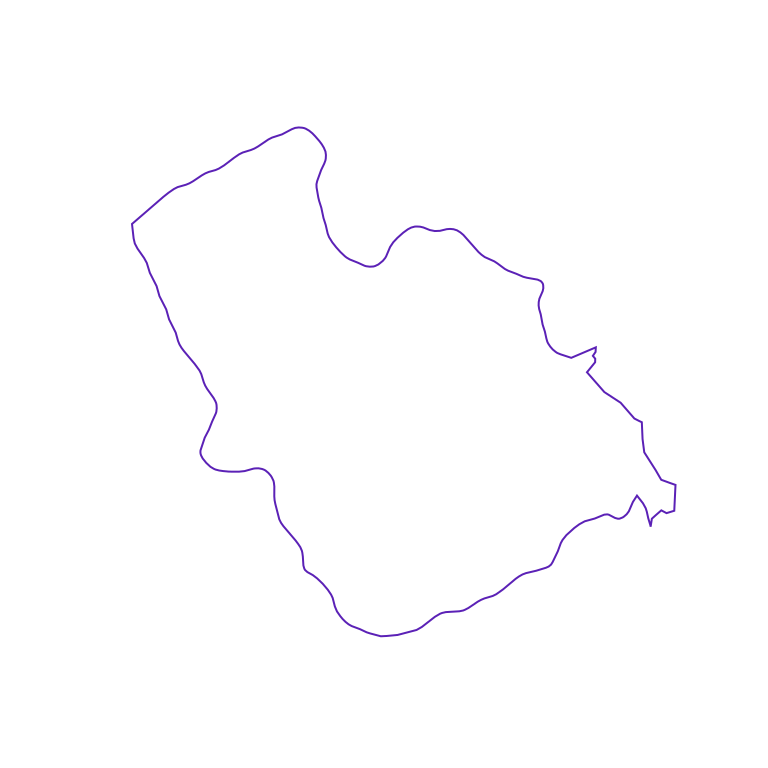 La Descubierta, Independencia, Dominican Republic, rotated 139°
{"feature_id": "3306468B88446063992156", "entity_name": "La Descubierta", "entity_type": "district", "adm_level": 2, "iso_a3": "DOM", "parent_name": "Dominican Republic", "parent_adm1": "Independencia", "projection": "albers", "projection_center": [-71.745, 18.594], "detail": "fine", "context": "isolated", "style": "outline", "palette": "violet", "viewbox_px": 768, "rotation_deg": 139, "n_neighbors": 0, "source": "geoboundaries", "source_scale": "gbopen_adm2", "svg_char_len": 3669}
<svg xmlns="http://www.w3.org/2000/svg" viewBox="0 0 768 768"><g transform="rotate(139 384 384)"><path d="M469.2,670.1L477.4,658.2L479.9,653.5L481.2,647.9L482.4,636.5L483.6,631.0L487.8,621.5L491.4,607.1L495.8,597.7L499.4,583.2L503.8,573.8L507.5,559.4L511.2,551.6L512.4,548.0L513.1,544.1L513.4,540.0L513.7,523.4L514.4,515.2L515.4,511.4L518.9,503.5L520.0,500.1L520.7,496.4L521.8,485.1L522.6,481.5L523.2,479.7L524.1,478.1L526.2,475.4L528.8,473.0L530.3,472.1L538.4,468.4L546.1,464.4L554.5,461.1L566.0,454.3L567.2,453.1L568.2,451.7L568.9,450.1L569.7,446.7L569.9,441.1L569.3,435.4L568.1,431.7L567.3,430.0L565.1,426.8L562.5,423.8L558.4,419.5L551.0,413.0L546.3,409.7L538.1,405.8L536.7,404.9L534.0,402.7L531.8,399.9L530.9,398.3L530.2,396.5L529.6,392.8L529.6,389.1L529.9,387.2L530.9,383.5L531.8,381.8L534.0,378.6L540.5,371.2L542.8,368.1L544.7,364.8L551.8,350.6L552.8,346.7L553.2,342.6L553.4,323.9L553.7,319.8L554.2,315.8L555.4,312.0L556.3,310.3L558.4,307.1L563.9,299.9L565.3,296.9L565.6,295.3L565.2,292.3L563.1,286.5L562.0,281.2L561.3,273.4L561.4,265.6L562.1,259.8L563.1,256.2L567.0,248.4L568.7,243.2L569.3,237.5L569.4,233.6L569.1,229.7L568.4,225.9L567.2,222.5L563.0,214.8L560.0,208.0L558.2,205.0L551.9,195.7L547.2,192.0L538.4,185.7L520.8,177.0L514.8,175.8L498.3,174.9L492.3,173.8L490.4,173.1L487.0,171.3L476.2,163.0L472.8,161.1L471.0,160.5L467.3,159.6L456.0,158.2L452.3,157.4L448.9,156.3L441.0,152.7L437.2,151.7L429.0,150.9L412.4,150.6L408.4,150.2L404.4,149.4L400.9,148.1L391.6,143.2L382.4,139.1L379.5,138.2L376.4,138.1L373.5,139.0L362.6,143.7L355.0,147.9L351.5,149.2L345.4,150.3L334.9,150.5L328.6,150.0L322.6,148.7L313.2,144.2L303.5,140.9L301.0,139.1L300.1,137.9L297.5,131.3L295.8,128.8L294.5,127.8L291.4,126.7L289.8,126.5L286.3,126.5L282.7,127.3L273.5,131.7L266.3,133.8L266.8,124.1L268.0,118.5L269.4,115.3L272.7,109.2L275.7,102.5L276.4,101.4L270.2,106.6L265.1,106.7L257.6,106.7L255.5,101.2L248.1,97.9L237.1,109.4L235.1,111.5L230.2,116.6L233.4,122.2L234.6,124.4L237.6,129.8L237.2,132.0L235.5,140.8L232.4,161.7L225.0,172.8L217.2,182.6L214.5,186.0L215.7,188.7L217.7,193.7L217.7,209.8L217.7,214.6L223.0,233.3L223.0,235.0L223.1,259.7L210.4,261.9L208.0,264.5L207.9,268.2L203.3,269.4L200.1,272.7L225.5,280.9L231.3,290.6L232.9,293.8L233.4,295.7L234.0,299.4L234.0,303.2L233.5,307.0L233.0,308.8L231.5,312.0L228.2,318.0L225.3,324.8L220.0,333.8L217.7,338.8L215.8,341.8L213.5,344.3L210.8,346.4L203.3,350.0L200.9,351.8L199.0,354.2L198.3,355.6L198.1,357.2L198.2,358.9L199.6,362.0L206.5,370.5L208.6,373.6L211.8,380.3L216.0,388.1L217.3,391.5L219.3,400.6L220.3,404.2L224.7,413.7L225.6,417.6L226.1,421.6L226.3,444.4L226.9,448.3L228.1,452.1L230.0,455.2L232.4,457.7L235.1,459.7L241.3,462.9L245.3,466.1L248.4,470.1L251.6,476.3L253.6,479.1L256.1,481.5L257.5,482.6L260.8,484.2L264.5,485.1L270.3,485.6L278.1,485.5L284.0,484.9L289.5,483.4L298.7,478.9L300.5,478.3L304.2,477.7L309.8,477.9L313.4,478.9L315.0,479.7L317.8,481.9L320.2,484.6L321.1,486.0L324.1,492.6L328.1,500.4L329.3,504.0L329.7,506.1L330.3,512.3L330.4,518.6L330.1,524.8L329.1,530.9L327.8,534.5L323.7,542.2L320.8,548.9L315.7,558.1L312.8,564.8L311.2,567.9L306.0,576.5L303.9,579.1L301.3,581.0L291.1,586.7L284.6,589.5L281.5,591.2L280.1,592.3L277.6,594.9L275.7,597.8L274.4,601.7L273.7,605.7L273.4,609.8L273.4,616.1L273.6,620.2L274.3,624.3L275.6,628.1L276.5,629.7L277.6,631.1L280.1,633.6L283.1,635.6L286.5,636.8L297.2,639.3L306.8,643.4L310.8,644.4L323.2,645.9L327.3,646.7L330.9,647.9L338.8,651.4L342.7,652.4L348.8,653.1L361.2,653.9L367.3,654.9L370.8,656.0L377.1,659.0L380.7,660.2L384.7,661.0L395.1,662.3L399.1,663.1L402.7,664.3L410.6,668.0L414.7,669.0L421.1,669.7L427.7,670.0L469.2,670.1Z" fill="none" stroke="#5b21b6" stroke-width="2"/></g></svg>